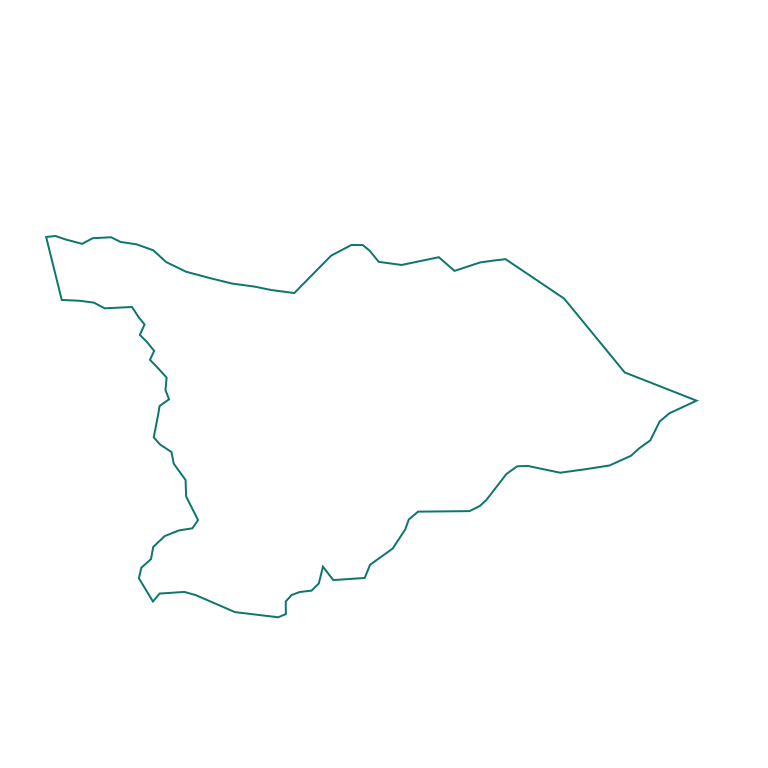 São Vicente, Rio Grande do Norte, Brazil, rotated 79°
{"feature_id": "56859067B27519225509016", "entity_name": "São Vicente", "entity_type": "district", "adm_level": 2, "iso_a3": "BRA", "parent_name": "Brazil", "parent_adm1": "Rio Grande do Norte", "projection": "albers", "projection_center": [-36.661, -6.196], "detail": "fine", "context": "isolated", "style": "outline", "palette": "teal", "viewbox_px": 768, "rotation_deg": 79, "n_neighbors": 0, "source": "geoboundaries", "source_scale": "gbopen_adm2", "svg_char_len": 1328}
<svg xmlns="http://www.w3.org/2000/svg" viewBox="0 0 768 768"><g transform="rotate(79 384 384)"><path d="M553.4,652.3L546.9,644.3L550.0,619.7L555.3,609.1L579.5,573.8L592.8,532.4L591.1,524.2L578.8,522.0L573.5,515.0L572.1,506.3L573.0,494.5L567.3,486.0L551.7,478.8L566.8,471.2L570.7,439.9L558.8,432.2L547.2,406.9L530.8,390.9L521.7,385.5L515.8,374.9L525.1,324.3L522.0,313.3L517.7,306.0L495.7,281.0L490.2,269.0L491.9,258.4L504.7,228.0L506.1,202.2L507.0,178.1L504.2,166.4L501.6,155.3L495.9,145.9L490.2,133.4L473.3,120.5L467.1,109.2L460.0,80.4L418.6,145.5L334.5,190.9L284.7,240.8L283.8,251.6L283.0,266.4L286.4,293.2L270.0,306.0L270.5,344.1L263.1,365.8L250.5,372.6L243.6,378.3L241.3,389.5L247.9,411.4L277.6,454.7L270.2,476.9L263.8,492.2L256.4,514.0L247.5,533.3L236.0,556.9L222.7,574.6L208.8,584.9L199.7,600.2L194.2,615.7L187.9,623.8L185.3,642.1L188.8,653.6L181.4,668.9L176.0,678.3L175.2,687.6L240.0,684.3L244.3,666.6L248.8,653.2L256.4,643.8L260.3,616.7L271.4,612.2L279.9,607.7L289.2,614.3L297.5,608.7L307.7,603.3L315.6,609.1L326.0,602.4L336.2,596.2L348.5,599.7L358.0,597.9L362.8,608.5L370.4,611.3L392.4,620.2L400.8,615.3L410.2,605.6L422.1,605.6L440.4,597.1L456.8,599.7L482.1,592.5L489.1,599.7L488.6,613.1L491.4,628.2L499.9,641.6L511.4,646.1L518.0,657.2L527.9,661.7L553.4,652.3Z" fill="none" stroke="#0f766e" stroke-width="2"/></g></svg>